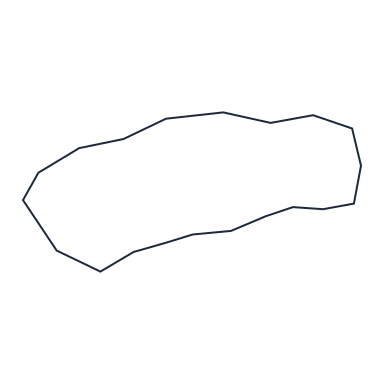 outline of Santa Cruz de Minas, Minas Gerais, Brazil
{"feature_id": "56859067B4743416484635", "entity_name": "Santa Cruz de Minas", "entity_type": "district", "adm_level": 2, "iso_a3": "BRA", "parent_name": "Brazil", "parent_adm1": "Minas Gerais", "projection": "natural_earth1", "projection_center": [-44.215, -21.121], "detail": "fine", "context": "isolated", "style": "outline", "palette": "slate", "viewbox_px": 384, "rotation_deg": 0, "n_neighbors": 0, "source": "geoboundaries", "source_scale": "gbopen_adm2", "svg_char_len": 375}
<svg xmlns="http://www.w3.org/2000/svg" viewBox="0 0 384 384"><path d="M313.1,115.2L270.6,122.9L223.3,112.4L166.0,118.7L123.5,139.0L79.2,148.1L38.4,172.7L23.0,200.1L56.7,250.6L100.4,271.6L133.5,252.0L165.4,242.9L192.6,234.5L231.0,230.9L265.8,216.2L293.0,207.1L323.1,209.2L353.9,203.6L361.0,165.7L352.1,128.5L313.1,115.2Z" fill="none" stroke="#1e293b" stroke-width="2"/></svg>